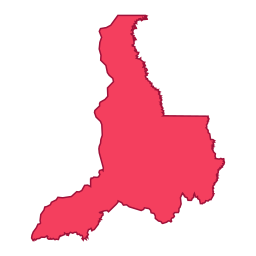 Orellana, Orellana, Ecuador (Mercator projection), rotated 270°
{"feature_id": "8360857B2632512841058", "entity_name": "Orellana", "entity_type": "district", "adm_level": 2, "iso_a3": "ECU", "parent_name": "Ecuador", "parent_adm1": "Orellana", "projection": "mercator", "projection_center": [-76.797, -0.605], "detail": "fine", "context": "isolated", "style": "filled", "palette": "rose", "viewbox_px": 256, "rotation_deg": 270, "n_neighbors": 0, "source": "geoboundaries", "source_scale": "gbopen_adm2", "svg_char_len": 5805}
<svg xmlns="http://www.w3.org/2000/svg" viewBox="0 0 256 256"><g transform="rotate(270 128 128)"><path d="M240.6,117.9L230.7,110.7L228.4,106.3L227.4,100.5L224.7,99.3L218.7,101.6L213.7,99.9L207.0,99.2L200.7,101.0L195.8,100.7L190.6,105.9L183.4,107.4L180.7,109.2L177.7,112.8L174.3,113.5L168.1,107.5L159.7,107.8L156.5,105.0L153.8,100.2L152.6,99.6L150.0,99.6L145.6,94.9L143.5,94.5L138.9,96.1L134.6,100.5L131.4,101.8L120.7,102.3L116.5,100.9L112.6,100.5L109.8,99.3L107.2,98.9L103.0,99.3L88.3,103.3L85.3,103.0L86.2,102.1L85.6,99.9L84.9,99.3L83.5,99.0L81.6,99.9L79.2,98.6L78.6,97.1L78.9,93.8L77.8,92.5L77.9,91.3L77.3,91.4L77.0,90.6L69.4,90.6L70.9,87.7L70.6,84.6L65.5,81.8L64.1,79.2L64.3,76.7L59.5,71.4L58.2,62.7L58.7,57.9L56.1,56.2L53.7,51.4L51.3,50.4L49.5,47.0L49.0,44.8L46.0,44.0L41.5,40.8L35.5,40.1L32.9,40.5L32.1,39.7L31.8,38.0L28.2,36.3L24.1,33.3L20.8,32.0L18.0,31.6L15.4,33.1L15.4,33.9L16.5,33.8L16.8,34.7L16.0,35.7L17.2,36.9L17.5,39.4L18.8,41.3L18.7,44.7L20.1,47.0L19.5,47.6L19.3,47.2L17.7,47.5L16.9,48.5L16.8,49.5L17.5,50.6L16.8,50.9L17.0,52.8L17.5,53.2L16.3,55.0L16.8,56.0L16.5,58.4L19.8,59.6L19.6,60.2L20.4,60.7L20.1,61.2L21.5,64.6L23.0,64.6L22.2,65.9L22.3,67.5L21.0,66.8L20.6,68.4L22.0,68.8L23.7,70.3L22.8,72.8L23.6,74.4L23.7,76.4L22.6,77.2L22.0,77.0L21.5,77.7L21.9,79.3L20.4,80.4L20.7,81.8L20.2,82.3L18.5,82.8L17.5,82.0L16.0,83.2L17.0,83.4L17.6,84.8L16.7,86.1L17.9,85.8L19.4,86.5L18.3,87.6L19.9,87.3L21.5,88.3L23.0,87.3L26.5,88.5L26.7,89.8L27.7,91.0L26.2,91.8L24.7,91.5L25.6,92.2L26.5,94.3L31.8,98.3L33.5,98.6L34.5,99.6L34.9,98.9L35.3,99.8L36.3,99.7L36.5,101.1L37.0,100.5L36.6,100.0L37.2,99.6L38.1,101.1L40.6,102.2L40.9,103.0L42.4,103.0L43.1,102.7L43.0,100.2L43.6,99.7L45.2,104.4L45.5,107.2L44.2,108.5L51.7,116.2L53.9,118.0L55.1,118.1L53.4,121.7L50.9,123.4L51.2,126.6L49.2,129.2L45.5,141.2L46.6,143.6L48.2,144.4L47.4,149.0L45.8,150.6L43.3,151.1L42.5,154.1L40.1,155.3L37.6,155.3L35.0,158.5L34.4,161.0L32.7,162.2L32.6,162.8L33.8,166.6L35.1,168.3L34.9,169.8L34.1,170.9L34.8,171.6L36.4,171.0L37.3,171.5L38.2,172.3L38.3,173.4L39.8,174.4L42.0,173.4L43.4,174.6L43.5,178.3L44.8,178.9L47.7,179.0L48.5,179.9L52.0,181.1L58.3,180.4L62.9,182.5L62.5,183.1L61.6,183.1L60.7,184.5L60.2,184.2L59.0,185.1L58.4,187.1L55.7,188.0L55.6,191.2L56.2,191.8L57.7,192.2L58.5,193.6L60.7,193.6L62.5,194.4L59.1,195.5L58.8,196.7L59.4,197.5L57.4,197.7L56.2,199.6L52.4,200.4L52.3,202.5L53.0,202.9L53.0,204.0L54.0,205.3L55.3,205.8L55.0,208.1L56.5,209.7L56.3,210.9L61.0,213.5L61.4,213.2L62.3,213.9L62.7,213.0L64.4,213.4L64.9,212.8L65.8,213.1L67.1,212.7L67.5,213.4L68.2,212.9L68.3,213.4L69.6,212.9L70.5,213.3L71.3,214.5L72.4,214.1L72.6,214.7L73.4,214.6L73.4,215.4L75.0,216.7L75.8,216.4L75.9,217.3L77.6,217.0L77.7,217.4L78.6,217.2L78.5,217.7L79.7,216.9L79.9,217.4L80.4,217.0L80.4,217.5L81.1,217.1L81.2,217.7L81.8,216.8L83.1,218.2L86.0,218.2L85.8,218.8L87.0,219.0L87.0,220.0L87.7,220.0L87.4,220.3L87.9,220.9L88.3,220.6L88.7,221.6L89.6,221.5L89.2,222.4L90.0,222.4L89.9,223.0L90.2,222.6L91.4,223.6L92.2,223.1L92.1,224.0L93.7,224.4L94.6,223.5L95.0,224.1L96.1,223.3L96.7,223.9L97.3,223.7L97.0,222.0L97.6,220.9L96.9,219.2L97.5,215.3L98.6,215.6L99.7,215.0L102.2,215.4L104.0,213.6L105.8,212.9L105.9,212.1L106.1,212.8L107.0,212.9L107.2,212.0L107.9,212.2L108.0,211.8L108.2,212.7L108.8,212.2L109.2,213.4L109.4,212.9L110.1,213.3L110.2,212.8L110.7,213.4L111.0,212.5L111.5,213.6L112.7,213.2L113.5,213.8L113.8,213.3L113.9,214.0L114.3,213.4L114.2,214.1L115.1,213.9L115.3,214.5L116.4,212.9L116.5,210.6L122.2,209.7L123.4,208.2L125.7,208.1L128.2,206.1L128.8,206.8L131.2,206.5L132.3,207.4L134.2,207.9L134.7,207.5L135.1,208.5L136.0,208.2L136.7,208.8L137.8,208.1L137.9,208.5L138.4,208.0L139.0,208.2L139.3,207.7L139.8,207.9L140.2,163.4L140.6,164.0L142.5,163.1L142.8,163.6L143.4,162.8L143.4,163.4L143.8,163.0L145.1,163.7L146.5,161.8L147.4,162.8L148.2,162.7L148.5,161.8L149.1,162.1L149.6,161.3L151.2,161.7L151.5,161.3L150.8,160.9L151.4,160.3L152.5,160.4L152.7,161.4L153.4,160.7L153.3,161.2L155.2,160.9L156.0,161.8L156.7,161.5L157.3,160.3L158.1,161.2L158.4,160.1L159.9,161.1L159.8,160.4L160.2,160.6L160.4,159.8L161.1,159.8L161.6,159.1L162.6,159.6L162.5,158.9L163.6,159.4L164.0,158.7L164.7,158.5L164.7,158.9L165.1,158.2L165.8,158.3L165.5,158.0L166.4,157.5L166.1,156.2L167.4,155.9L167.0,155.3L167.7,155.4L168.3,153.6L169.3,153.4L168.9,152.8L169.8,152.6L169.8,151.5L172.1,151.9L172.4,150.9L172.9,151.3L173.2,149.9L174.4,150.0L175.2,148.1L177.2,147.4L177.0,146.5L177.6,146.7L178.2,145.9L180.0,145.3L180.8,147.0L181.8,146.1L181.9,147.2L182.6,147.8L183.2,145.7L184.9,145.0L185.2,145.6L184.7,146.1L185.9,147.3L187.5,146.4L187.0,144.9L189.3,144.8L188.9,143.2L189.6,143.5L189.4,144.3L190.1,143.9L190.4,145.3L191.7,144.6L191.0,144.4L192.1,143.1L192.8,143.2L192.5,144.1L193.7,144.7L193.8,143.6L196.3,140.5L197.9,140.6L196.9,139.2L197.8,136.4L199.3,137.7L200.1,136.2L201.8,138.2L203.5,138.7L203.5,137.1L205.3,136.4L204.5,135.8L205.4,134.6L205.7,134.8L205.3,135.8L206.7,135.8L207.4,134.9L209.3,134.8L210.1,132.3L211.1,132.3L211.1,133.4L212.6,134.1L215.2,133.8L215.3,134.6L216.5,134.9L216.5,136.0L218.4,134.9L218.1,134.1L216.8,134.3L216.6,133.5L219.3,133.1L219.7,133.9L220.3,134.0L220.2,133.1L221.6,132.6L221.3,131.6L222.1,131.1L222.9,133.3L223.8,132.7L226.0,133.1L225.5,131.5L226.2,131.7L227.0,132.8L227.6,132.7L226.7,133.7L227.5,134.6L227.6,136.4L228.3,136.2L228.0,135.0L229.0,134.7L229.1,132.4L229.7,132.3L230.5,134.4L229.8,134.4L229.8,135.3L231.6,134.5L232.4,133.5L232.0,134.8L232.8,135.2L232.5,136.4L234.4,135.3L234.2,136.8L235.8,136.7L235.8,138.2L237.1,138.9L237.3,140.0L236.4,140.1L237.1,140.8L235.4,141.5L235.7,142.1L236.6,142.0L236.8,143.6L238.0,143.2L237.1,144.5L236.5,144.0L236.8,147.2L237.5,147.0L237.8,146.1L238.8,146.4L238.1,145.3L239.1,144.7L239.6,145.2L239.3,144.3L240.2,146.5L240.6,145.5L240.6,117.9Z" fill="#f43f5e" stroke="#9f1239" stroke-width="1.5"/></g></svg>